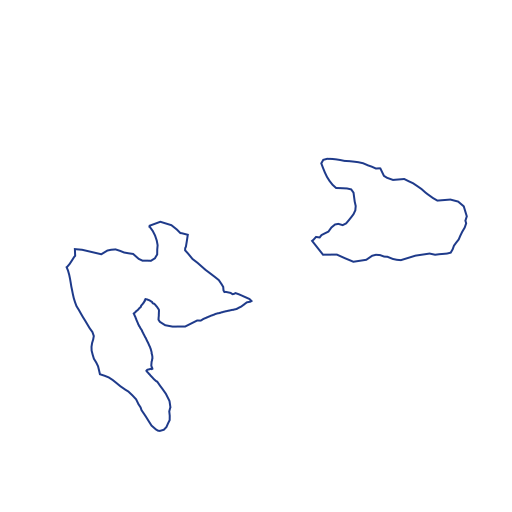 Hajjah, Hajjah, Yemen (Equal Earth projection), rotated 143°
{"feature_id": "15242507B46820158657484", "entity_name": "Hajjah", "entity_type": "district", "adm_level": 2, "iso_a3": "YEM", "parent_name": "Yemen", "parent_adm1": "Hajjah", "projection": "equal_earth", "projection_center": [43.581, 15.658], "detail": "fine", "context": "isolated", "style": "outline", "palette": "blue", "viewbox_px": 512, "rotation_deg": 143, "n_neighbors": 0, "source": "geoboundaries", "source_scale": "gbopen_adm2", "svg_char_len": 6140}
<svg xmlns="http://www.w3.org/2000/svg" viewBox="0 0 512 512"><g transform="rotate(143 256 256)"><path d="M323.5,343.5L323.3,343.1L323.4,338.1L324.3,333.1L326.0,328.0L328.1,323.8L330.9,320.7L334.0,316.7L336.3,315.8L338.1,315.0L340.3,315.2L342.8,315.4L346.0,318.0L349.4,320.5L351.4,324.3L352.9,331.6L354.4,333.1L356.0,334.7L358.7,337.6L359.2,338.1L361.4,341.8L364.2,345.8L368.0,348.2L371.4,349.8L378.5,350.5L391.1,365.6L396.5,370.5L400.3,365.0L402.0,364.6L405.7,363.2L409.6,361.8L413.2,361.0L414.0,361.0L414.9,357.5L416.5,353.4L418.2,349.8L420.0,346.3L421.8,342.9L423.5,339.3L425.2,335.8L426.9,332.0L428.3,328.1L429.5,324.1L429.8,321.2L429.9,319.8L430.5,315.4L431.0,311.3L431.2,309.0L431.4,306.8L432.3,298.5L432.4,293.7L433.7,289.7L436.3,287.3L439.2,285.2L442.0,282.5L444.2,279.4L445.8,275.6L447.3,271.5L447.7,267.1L448.5,263.0L450.1,259.3L451.3,256.6L451.8,255.5L449.0,251.5L446.7,247.7L445.1,243.3L443.9,238.6L442.7,233.6L441.1,228.8L440.9,228.1L439.5,224.6L438.6,219.3L438.0,213.7L438.9,209.0L439.0,208.8L439.3,204.5L440.2,201.8L440.6,194.1L441.1,188.5L441.5,183.4L440.3,177.7L439.4,175.5L438.1,174.2L434.2,172.7L430.5,173.3L427.1,175.2L423.7,176.9L421.0,180.4L418.8,184.1L415.5,186.7L415.4,186.7L412.7,191.6L412.3,192.5L410.9,200.2L410.7,206.3L410.7,210.0L410.5,215.1L410.7,215.3L410.8,215.7L411.0,216.1L411.2,216.7L411.3,217.5L411.5,218.2L411.6,218.8L411.7,219.7L411.8,220.3L411.8,221.3L412.0,222.2L412.0,223.0L412.2,223.7L412.2,224.6L412.2,225.7L412.4,226.1L412.4,226.5L412.4,226.9L412.4,227.3L412.5,227.8L412.6,228.5L412.6,229.3L412.7,229.9L412.6,230.3L411.9,230.5L411.5,230.5L411.1,230.5L409.1,229.6L408.2,229.4L407.4,228.4L406.6,228.3L406.2,229.3L406.0,230.4L405.5,231.6L402.9,234.5L402.4,234.8L401.9,235.2L401.5,235.5L401.1,236.1L400.5,236.4L400.1,236.9L399.7,237.5L399.4,237.9L399.1,238.4L398.7,239.2L398.3,240.0L398.0,241.0L397.7,241.3L397.4,241.8L397.2,242.2L397.0,242.7L396.8,243.2L396.5,243.9L396.4,244.4L396.1,244.8L395.9,245.6L395.7,246.4L395.5,246.8L395.4,247.2L395.3,247.9L395.1,248.7L395.0,249.4L394.9,249.6L394.8,250.1L394.5,251.2L394.5,251.6L394.3,252.0L394.3,252.6L394.2,253.1L394.1,253.8L393.9,254.3L393.9,254.8L393.7,255.6L393.4,256.7L393.4,257.6L393.1,259.2L392.9,260.2L392.8,261.1L392.7,261.7L392.5,262.2L392.5,262.7L392.4,263.4L392.2,264.1L392.2,264.6L391.9,265.0L391.9,265.6L391.8,266.2L391.8,267.1L391.7,267.9L391.7,268.5L391.5,269.0L391.5,269.4L391.4,269.9L391.4,270.3L391.5,270.8L391.2,271.4L391.1,272.2L391.1,272.6L390.8,273.2L390.7,273.8L390.5,274.5L390.4,275.2L390.2,275.8L390.0,276.6L389.9,277.3L389.6,277.8L389.5,278.2L389.4,278.6L389.4,279.0L389.2,279.4L389.0,280.0L389.0,280.5L388.9,280.9L388.7,281.4L388.7,281.8L388.4,282.7L388.3,283.6L387.7,283.7L386.6,283.7L386.3,283.7L386.0,283.7L385.5,284.0L384.1,284.0L383.2,284.0L381.9,284.2L380.8,284.5L380.4,284.5L380.0,284.6L378.8,284.6L378.2,285.0L377.9,285.3L377.4,285.4L377.0,285.6L376.4,285.7L375.6,285.8L375.1,286.0L374.5,286.2L374.2,286.3L373.6,286.3L373.1,286.7L372.8,286.7L372.5,286.9L372.1,286.9L371.7,287.1L371.5,287.5L371.2,287.5L370.8,287.8L370.2,288.1L369.6,287.4L369.2,286.9L368.9,286.6L368.7,286.1L368.3,285.6L368.0,285.1L367.6,284.3L367.4,283.7L367.2,283.3L367.0,282.4L366.7,282.0L366.7,281.6L366.9,280.5L366.6,279.8L366.0,279.1L366.0,278.6L365.9,278.1L365.8,277.7L365.8,276.1L365.7,275.6L365.7,274.5L365.7,273.9L365.8,273.4L365.8,272.9L365.8,272.4L366.0,271.3L366.8,270.2L367.6,269.3L368.1,268.6L368.7,268.0L369.1,267.3L369.7,266.7L370.0,266.3L370.8,265.5L371.0,265.2L371.2,264.9L371.6,264.6L372.2,263.8L372.4,261.3L370.2,255.4L365.2,249.9L355.0,242.3L341.8,239.9L339.2,237.8L338.7,237.6L338.2,237.6L337.7,237.5L336.9,237.5L336.5,237.5L335.9,237.3L335.5,237.3L335.0,237.2L334.5,237.0L334.2,237.0L333.6,236.8L333.3,236.7L333.0,236.6L332.4,236.6L332.1,236.4L331.5,236.3L331.1,236.2L330.7,236.1L330.1,236.0L329.7,235.8L329.1,235.7L328.7,235.6L327.4,235.3L326.2,234.8L325.8,234.8L324.5,234.3L324.1,234.3L322.9,234.0L322.3,233.7L321.1,233.3L320.6,233.0L320.0,232.6L319.2,232.4L318.8,232.1L317.9,231.9L317.3,231.7L316.9,231.4L316.2,231.2L315.6,231.0L314.9,230.7L314.4,230.4L313.9,230.3L313.1,229.9L312.6,229.6L312.0,229.4L311.3,229.0L311.0,229.0L310.1,228.4L309.6,228.3L309.0,228.0L308.4,227.7L307.8,227.5L307.5,227.3L306.8,226.9L306.2,226.5L305.8,226.5L305.4,226.3L305.0,226.1L304.2,225.7L303.8,225.6L303.5,225.4L303.1,225.4L302.7,225.2L302.3,225.3L301.8,225.1L301.4,225.1L300.9,225.1L300.2,224.8L299.8,224.8L299.4,224.8L299.0,224.6L298.7,224.6L298.2,224.5L296.0,224.5L295.6,224.5L295.3,224.4L294.9,224.5L293.6,224.5L292.5,224.5L291.8,224.5L291.2,224.5L288.0,222.9L286.7,222.8L287.1,225.6L292.7,235.7L294.7,238.7L296.4,239.0L297.7,239.6L298.5,241.8L301.7,245.5L302.9,246.2L302.7,248.0L301.4,250.1L300.8,251.0L300.5,253.8L300.2,259.1L301.5,264.2L304.7,275.4L306.8,285.7L308.5,291.8L308.8,299.0L309.2,303.2L307.8,304.9L306.4,305.6L302.1,309.7L297.7,314.0L301.6,318.9L302.6,319.8L303.3,324.9L305.0,331.5L311.8,340.9L322.7,344.2L323.5,343.5ZM96.8,142.2L94.9,143.0L91.7,145.1L88.1,146.2L84.2,147.2L80.7,149.2L76.8,151.2L72.2,153.1L68.5,155.6L67.5,158.2L63.8,160.8L60.2,170.6L61.8,177.8L66.8,184.1L77.8,191.1L79.8,195.8L81.2,200.3L81.8,202.2L82.5,204.8L83.5,209.8L85.1,214.7L86.7,219.3L86.8,219.6L89.0,223.7L91.3,228.3L100.8,234.3L104.3,239.6L105.6,243.0L104.0,251.1L104.2,251.4L104.9,251.9L107.6,253.7L109.8,257.7L112.3,261.4L112.4,261.7L114.7,265.7L117.9,269.4L121.2,272.6L124.3,275.5L128.1,278.7L131.0,282.0L133.9,285.0L136.9,287.8L140.7,290.8L144.4,292.3L148.1,290.7L149.4,286.3L150.7,281.4L151.7,276.5L152.1,271.7L152.0,266.8L151.1,262.1L147.5,259.2L142.7,255.2L139.9,251.9L140.0,247.9L144.4,240.1L146.3,235.9L149.2,232.7L153.0,230.7L156.5,229.7L160.4,228.7L164.4,227.8L168.2,228.5L170.9,232.1L173.9,233.6L178.6,233.4L183.5,231.9L187.1,232.6L191.1,233.3L194.0,232.5L196.6,235.1L200.2,234.4L202.1,234.3L201.7,216.7L190.6,208.5L188.4,204.5L186.2,200.5L183.9,196.6L181.7,192.8L170.2,186.6L163.1,186.3L159.5,184.8L156.4,182.1L154.0,178.4L151.5,176.3L148.5,171.3L145.8,168.2L142.8,165.5L128.4,160.3L119.6,155.5L115.9,153.5L112.2,149.2L108.5,147.1L105.2,145.0L102.0,143.0L98.5,141.5L96.8,142.2Z" fill="none" stroke="#1e3a8a" stroke-width="2"/></g></svg>